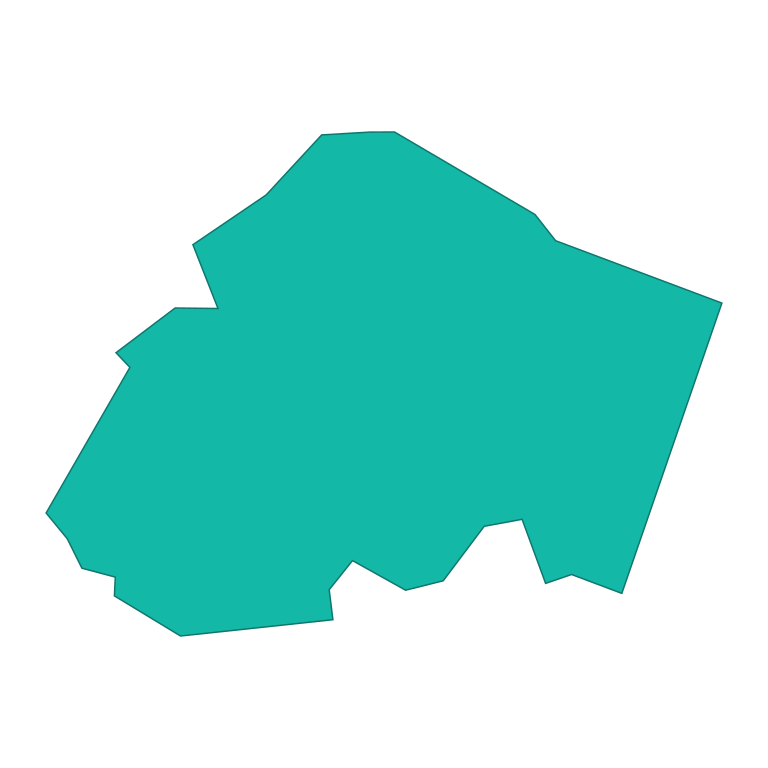 outline of Lee, Kentucky, United States of America
{"feature_id": "52423323B5871014631104", "entity_name": "Lee", "entity_type": "district", "adm_level": 2, "iso_a3": "USA", "parent_name": "United States of America", "parent_adm1": "Kentucky", "projection": "natural_earth1", "projection_center": [-83.751, 37.602], "detail": "fine", "context": "isolated", "style": "filled", "palette": "teal", "viewbox_px": 768, "rotation_deg": 0, "n_neighbors": 0, "source": "geoboundaries", "source_scale": "gbopen_adm2", "svg_char_len": 476}
<svg xmlns="http://www.w3.org/2000/svg" viewBox="0 0 768 768"><path d="M46.1,513.0L67.3,538.8L81.9,568.2L115.3,577.1L114.4,595.9L180.5,636.0L332.9,619.7L329.2,589.7L352.5,560.6L405.6,590.2L443.2,580.8L484.2,526.3L522.1,519.3L545.6,583.4L571.6,574.5L621.8,593.4L721.9,303.1L555.6,240.7L535.0,214.5L394.5,132.0L369.6,132.1L321.7,134.9L266.2,194.9L192.9,244.7L218.0,308.5L175.1,308.0L116.0,352.7L129.9,367.4L46.1,513.0Z" fill="#14b8a6" stroke="#0f766e" stroke-width="1.5"/></svg>